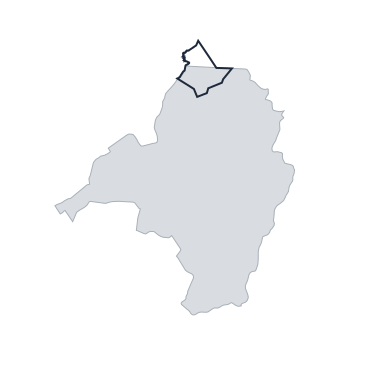 Kapoeta East, Eastern Equatoria, South Sudan (highlighted), rotated 236°
{"feature_id": "79223893B62671962917549", "entity_name": "Kapoeta East", "entity_type": "district", "adm_level": 2, "iso_a3": "SSD", "parent_name": "South Sudan", "parent_adm1": "Eastern Equatoria", "projection": "equal_earth", "projection_center": [35.583, 5.094], "detail": "fine", "context": "in_parent", "style": "outline", "palette": "slate", "viewbox_px": 384, "rotation_deg": 236, "n_neighbors": 0, "source": "geoboundaries", "source_scale": "gbopen_adm2", "svg_char_len": 5892}
<svg xmlns="http://www.w3.org/2000/svg" viewBox="0 0 384 384"><g transform="rotate(236 192 192)"><path d="M272.9,293.1L264.5,304.5L263.9,305.2L262.8,306.1L259.4,306.1L255.9,305.5L252.6,302.6L249.3,304.9L247.2,305.6L246.0,305.8L243.0,306.2L238.9,307.4L237.0,309.0L236.0,310.2L235.2,312.4L234.7,312.6L234.0,312.4L232.9,311.5L230.7,310.2L229.6,307.4L228.6,305.6L227.7,304.7L224.2,307.6L222.5,308.2L221.1,308.2L218.6,306.6L215.8,305.2L214.3,305.2L212.2,306.9L209.7,309.4L208.4,312.0L207.8,313.5L207.0,311.2L206.1,309.7L205.0,309.2L202.6,309.7L202.0,308.9L201.9,307.0L201.6,305.2L201.0,303.8L199.2,302.5L194.5,299.7L190.9,294.3L189.1,291.7L187.8,290.1L185.9,285.8L183.8,282.8L181.2,281.5L179.5,282.1L177.7,285.3L174.4,288.3L172.9,288.4L171.0,286.8L168.5,285.6L164.1,285.1L162.3,286.5L159.9,288.8L157.9,290.2L156.6,290.3L155.5,289.8L154.1,289.5L153.0,289.4L150.7,287.4L149.4,285.8L148.6,284.4L147.3,283.4L145.8,282.5L144.7,281.2L144.1,279.6L143.2,277.5L142.1,275.6L138.5,272.2L137.5,270.2L136.7,268.3L135.3,266.1L133.7,263.2L133.2,259.0L133.2,255.6L132.9,254.0L132.2,252.5L131.5,251.1L130.2,249.6L127.3,247.4L124.3,244.9L122.8,243.5L120.1,242.9L118.5,241.5L117.1,238.3L116.6,235.8L115.2,233.8L114.6,232.4L114.3,230.7L115.4,225.7L113.8,223.9L111.5,221.6L109.8,219.1L108.7,216.8L105.7,213.7L99.1,209.2L95.3,206.2L93.2,203.6L91.4,201.1L91.2,200.0L92.4,197.5L92.6,195.3L91.6,193.0L87.7,188.7L84.6,183.9L82.2,182.4L76.4,181.0L74.7,180.5L73.0,179.6L71.3,177.4L70.7,174.9L71.6,170.8L71.1,169.5L70.1,169.2L70.4,168.3L71.5,166.3L73.3,165.0L78.1,163.0L78.4,162.2L78.5,159.7L78.9,158.4L80.6,154.9L80.9,153.5L81.0,150.5L81.2,149.1L81.7,148.0L83.0,146.3L83.5,145.2L83.7,142.9L83.6,138.4L84.3,136.6L87.4,132.4L88.2,130.6L88.5,128.9L88.5,127.2L88.7,125.6L89.6,124.0L90.4,123.5L92.6,123.0L94.1,123.3L104.7,120.4L105.9,120.8L106.5,122.5L106.4,125.2L106.6,126.5L107.1,127.4L108.8,128.7L109.9,130.8L110.5,131.6L112.2,133.1L120.0,145.3L122.2,146.4L124.3,146.0L128.6,143.5L130.8,142.8L145.7,143.5L147.4,143.2L147.5,143.2L149.7,149.4L150.8,150.7L167.2,150.8L166.9,149.1L167.1,147.1L170.1,143.4L170.5,142.9L173.0,141.1L175.5,139.9L180.3,138.5L182.0,136.3L183.0,134.3L183.1,130.3L183.7,129.6L184.8,128.7L190.3,125.2L191.3,124.4L200.9,132.7L206.4,139.2L206.7,139.6L207.0,139.7L207.3,139.5L207.5,139.2L208.2,138.9L210.5,138.8L214.9,138.5L216.4,137.7L225.3,126.0L227.6,122.2L228.1,121.5L229.4,118.8L230.8,114.3L231.1,113.7L240.8,102.8L241.2,101.9L241.3,101.2L239.8,97.5L239.5,95.7L239.5,92.8L239.8,88.3L239.7,85.5L239.5,84.7L234.1,76.5L247.8,76.4L247.8,75.4L247.7,75.1L247.5,74.1L247.3,72.9L247.4,72.2L247.4,71.5L247.4,71.1L247.4,70.8L247.4,70.7L247.5,70.5L257.3,70.7L257.1,73.0L255.9,78.3L256.0,81.5L255.7,85.2L255.3,86.3L254.8,87.2L254.6,87.6L254.6,88.0L256.6,108.5L256.5,109.4L255.9,110.7L255.8,111.1L255.7,111.4L256.0,111.6L260.5,113.9L260.7,114.0L260.9,114.2L262.5,116.8L271.4,126.6L271.7,127.1L272.6,130.1L272.7,130.6L272.8,131.3L272.7,131.9L272.5,133.7L272.6,134.6L272.7,135.1L272.8,135.8L272.8,136.4L271.4,139.9L271.0,142.5L270.9,144.6L270.9,145.8L271.1,146.6L271.2,146.9L271.3,147.0L275.2,147.1L275.2,148.2L275.6,166.8L275.7,168.9L275.5,171.5L275.0,172.5L273.9,174.0L272.6,175.3L269.1,175.7L266.2,175.6L264.1,175.3L261.3,175.2L258.7,175.5L257.7,176.7L254.2,186.6L253.1,189.0L252.8,190.5L253.2,191.3L254.5,192.6L257.5,194.3L261.0,195.4L263.5,195.8L265.3,196.3L266.6,196.8L271.5,201.3L273.0,203.4L273.9,205.3L274.1,207.3L274.8,209.2L279.3,215.4L283.5,218.4L285.1,221.7L286.7,223.3L288.2,225.0L289.0,227.6L290.8,235.0L292.0,238.9L293.3,242.1L293.8,247.4L294.8,249.7L295.9,252.5L297.6,255.1L299.4,257.0L299.7,257.6L281.3,281.9L272.9,293.1Z" fill="#d9dde1" stroke="#a8b0b8" stroke-width="1"/><path d="M268.1,280.9L272.1,294.2L273.2,292.7L279.8,283.6L281.2,281.6L294.3,281.7L301.7,281.7L307.2,281.7L313.9,281.7L311.2,277.4L311.2,269.0L311.1,268.3L311.2,268.2L311.3,268.1L311.4,267.9L311.5,267.9L311.6,267.7L311.7,267.4L311.8,267.3L311.8,267.2L312.0,267.0L311.9,266.9L312.0,266.8L312.0,266.7L312.1,266.4L312.1,266.2L312.0,265.9L311.9,265.8L311.9,265.6L311.7,265.5L311.6,265.4L311.5,265.2L311.4,265.0L311.4,264.8L311.4,264.7L311.3,264.4L311.3,264.2L311.3,263.9L311.5,263.8L311.5,263.7L311.7,263.4L311.8,263.3L311.9,263.2L312.0,263.2L312.0,262.9L312.1,262.7L312.1,262.4L311.9,262.2L311.7,262.2L311.6,261.9L311.4,261.8L311.2,261.8L311.2,261.7L310.9,261.6L310.7,261.5L310.5,261.4L310.4,261.3L310.3,261.2L310.2,261.2L310.2,261.3L310.2,261.5L310.2,261.4L309.9,261.3L309.9,261.2L309.8,260.9L309.7,260.7L309.7,260.8L309.7,260.7L309.4,260.6L309.4,260.8L309.3,260.7L309.2,260.8L309.2,260.6L309.2,260.4L309.1,260.5L309.1,260.4L308.9,260.4L309.0,260.3L309.0,260.2L308.9,260.2L308.9,260.3L308.7,260.2L308.7,260.3L308.4,260.3L308.2,260.4L308.0,260.5L307.9,260.4L307.7,260.3L307.5,260.5L307.4,260.5L307.4,260.4L307.3,260.5L307.2,260.6L307.1,260.4L307.0,260.2L306.9,259.9L306.9,260.0L306.8,259.9L306.8,260.0L306.7,260.1L306.6,259.9L306.4,259.9L306.5,259.8L306.5,259.7L306.4,259.7L306.2,259.7L305.9,259.7L305.7,259.7L305.4,259.5L305.4,259.4L305.3,259.5L305.2,259.4L305.2,259.5L304.9,259.5L304.8,259.4L304.7,259.4L304.7,259.5L304.4,259.6L304.2,259.6L304.1,259.8L303.9,260.0L303.7,260.1L303.6,260.3L303.4,260.4L303.3,260.5L303.2,260.6L303.0,260.8L302.9,260.9L302.7,261.0L302.4,261.2L302.2,261.2L302.0,261.3L301.9,261.4L301.7,261.4L301.7,261.5L301.4,261.7L301.3,261.8L301.2,261.9L300.7,261.9L300.4,261.6L300.4,261.4L300.3,261.1L300.3,260.9L300.3,260.6L300.4,260.3L300.3,260.2L300.2,259.7L300.3,259.5L300.3,259.3L300.3,259.2L300.5,258.8L300.5,258.6L300.6,258.4L300.6,258.2L300.6,257.9L300.5,257.7L300.5,257.4L296.8,253.7L296.8,252.5L296.8,252.1L295.0,247.9L294.1,246.2L294.2,245.9L294.2,245.6L294.2,245.2L294.0,244.9L294.0,244.6L294.0,244.3L294.1,244.1L294.1,243.8L294.2,243.7L294.3,243.6L294.4,243.4L294.4,243.2L276.4,251.2L268.0,249.5L265.7,259.6L268.9,263.5L265.9,277.9L268.1,280.9Z" fill="none" stroke="#1e293b" stroke-width="2"/></g></svg>